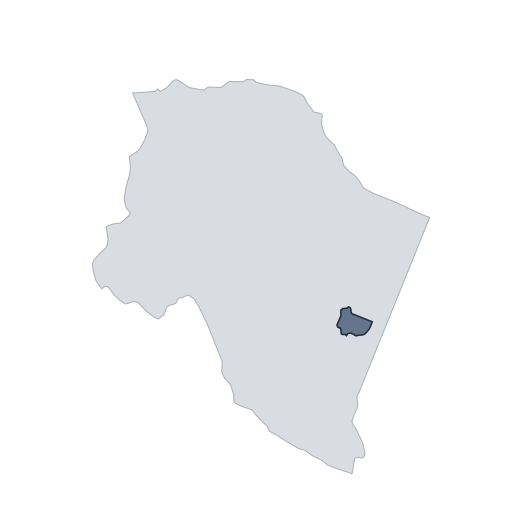 Uganda, with Masaka highlighted, rotated 292°
{"feature_id": "UGA-3362", "entity_name": "Masaka", "entity_type": "District", "adm_level": 1, "iso_a3": "UGA", "parent_name": "Uganda", "parent_adm1": "", "projection": "orthographic", "projection_center": [31.848, -0.502], "detail": "fine", "context": "in_parent", "style": "filled", "palette": "slate", "viewbox_px": 512, "rotation_deg": 292, "n_neighbors": 0, "source": "natural_earth", "source_scale": "10m", "svg_char_len": 2930}
<svg xmlns="http://www.w3.org/2000/svg" viewBox="0 0 512 512"><g transform="rotate(292 256 256)"><path d="M356.8,402.6L350.1,402.6L339.1,402.6L328.2,402.6L317.2,402.6L306.2,402.6L295.3,402.6L284.3,402.6L273.3,402.6L262.3,402.6L251.4,402.6L240.4,402.6L229.4,402.6L218.5,402.6L207.5,402.6L196.5,402.6L185.5,402.6L174.6,402.6L168.1,402.6L166.8,402.4L165.9,402.1L161.7,402.9L157.5,405.6L152.9,406.8L148.0,406.3L147.4,406.6L145.0,406.5L141.4,406.4L138.2,407.1L135.7,409.4L133.2,413.5L128.7,418.2L125.2,422.3L122.2,425.2L115.4,430.1L111.7,431.5L109.8,431.3L108.7,430.4L106.5,424.2L105.2,423.2L91.9,426.4L89.9,426.4L90.1,424.5L89.1,410.0L88.9,401.1L90.7,395.5L91.7,389.1L91.8,383.4L94.2,373.8L93.3,368.0L96.5,347.7L97.3,344.5L98.5,334.7L100.5,331.6L102.2,330.5L104.5,324.5L108.9,314.9L111.9,309.9L111.2,299.1L111.7,291.8L112.4,290.2L118.9,287.4L127.2,280.6L130.8,272.7L135.8,267.6L145.4,264.3L145.5,264.2L174.1,236.9L187.5,222.1L193.3,214.5L193.5,211.8L194.6,208.3L192.3,205.5L189.5,203.0L188.6,200.6L186.2,199.5L182.8,199.5L180.5,197.8L177.9,194.5L175.4,192.4L167.2,192.6L161.0,189.2L161.1,184.6L163.5,175.5L168.3,165.1L168.5,162.2L167.9,159.7L166.7,157.6L164.6,155.6L162.6,153.1L164.1,145.6L167.1,138.2L169.6,134.6L172.0,130.5L171.3,127.1L167.8,125.4L169.6,122.1L173.4,116.6L180.7,111.0L187.2,107.3L191.4,107.2L199.8,110.2L207.3,113.7L211.5,113.9L216.5,112.4L226.9,106.2L229.4,108.2L232.5,112.0L235.8,118.2L242.3,121.1L245.5,123.0L247.8,123.6L249.0,123.1L251.5,118.2L254.5,115.5L260.1,112.1L272.3,109.5L281.1,108.6L284.8,108.1L291.0,106.5L300.8,101.4L310.5,107.9L320.9,109.2L331.1,109.1L334.2,107.2L336.0,105.7L346.6,95.0L361.0,80.5L370.7,100.9L374.0,102.1L373.5,103.9L372.7,105.6L379.0,110.5L386.7,113.1L389.5,115.6L389.8,118.3L387.2,130.2L387.7,133.6L390.2,145.6L394.8,148.3L399.0,160.3L407.2,165.4L408.4,166.9L410.3,172.7L412.9,179.1L414.9,180.6L416.1,181.0L418.5,187.8L417.1,191.6L419.1,203.1L422.2,213.5L423.0,225.9L423.1,231.3L423.0,234.6L422.3,239.3L420.8,242.1L418.2,244.7L415.3,248.9L412.7,253.3L411.1,255.5L412.4,262.2L412.0,263.9L411.4,264.8L407.6,265.8L402.8,267.6L399.9,269.4L395.8,272.8L392.5,276.4L388.2,287.2L380.9,295.6L379.6,298.4L372.8,303.4L369.7,309.6L367.8,317.1L365.1,322.6L359.3,330.0L358.0,341.8L358.2,365.3L356.6,392.1L356.8,402.6Z" fill="#d9dde1" stroke="#a8b0b8" stroke-width="1"/><path d="M233.0,388.5L230.7,388.3L228.8,387.8L227.7,387.4L225.4,386.5L224.1,385.9L222.6,384.2L221.3,381.3L220.3,380.1L219.4,378.5L219.5,376.9L219.9,376.5L220.2,376.0L219.7,374.4L220.2,372.8L218.4,370.2L216.0,369.7L216.6,367.6L215.5,365.5L215.8,364.1L218.5,362.7L220.6,361.5L220.6,358.5L222.2,356.9L232.7,357.1L235.4,355.7L237.8,354.9L238.1,355.6L238.4,355.8L238.8,355.8L239.3,355.8L239.8,355.9L239.9,356.3L240.0,356.8L240.2,357.2L240.7,357.9L241.2,358.9L241.6,359.9L243.4,360.7L243.6,362.3L242.6,363.6L241.1,364.4L239.8,365.2L238.5,366.2L238.5,388.5L233.0,388.5Z" fill="#64748b" stroke="#1e293b" stroke-width="1.5"/></g></svg>